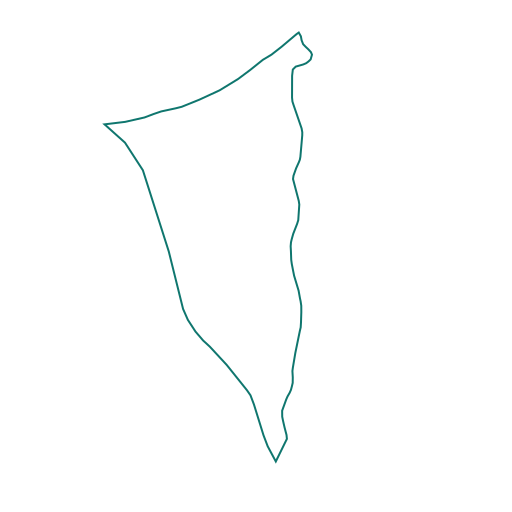 San Sebastián, Retalhuleu, Guatemala (Albers equal-area conic projection), rotated 344°
{"feature_id": "79465075B80062128439556", "entity_name": "San Sebastián", "entity_type": "district", "adm_level": 2, "iso_a3": "GTM", "parent_name": "Guatemala", "parent_adm1": "Retalhuleu", "projection": "albers", "projection_center": [-91.644, 14.559], "detail": "fine", "context": "isolated", "style": "outline", "palette": "teal", "viewbox_px": 512, "rotation_deg": 344, "n_neighbors": 0, "source": "geoboundaries", "source_scale": "gbopen_adm2", "svg_char_len": 1323}
<svg xmlns="http://www.w3.org/2000/svg" viewBox="0 0 512 512"><g transform="rotate(344 256 256)"><path d="M218.4,459.0L235.3,440.3L236.0,436.5L236.2,428.6L236.4,424.8L236.6,421.4L236.9,417.7L238.5,411.9L245.6,402.1L247.6,399.7L250.7,396.7L252.7,394.3L254.5,391.3L256.3,388.1L257.9,382.8L259.3,376.6L260.7,373.4L267.1,360.0L277.5,340.1L279.3,336.9L281.0,332.1L282.3,328.0L284.1,322.4L285.8,316.3L286.4,311.9L286.6,308.9L287.4,301.1L287.2,285.4L287.7,279.4L288.2,273.6L288.8,269.4L290.9,261.0L292.0,256.2L293.4,252.5L294.9,249.8L296.5,247.2L298.0,244.8L304.4,236.4L306.5,233.2L311.8,218.5L312.3,214.8L312.8,192.2L314.2,189.1L318.7,182.8L323.1,177.6L324.7,175.5L326.0,172.9L333.7,152.8L334.6,149.8L335.0,145.9L333.7,120.7L333.6,117.6L334.3,113.7L340.4,92.7L342.8,86.9L346.4,84.9L354.2,84.9L357.4,84.5L360.0,83.5L362.7,82.1L365.3,77.9L365.0,75.2L363.3,71.8L361.4,68.6L359.7,65.4L359.3,61.2L359.7,57.2L358.7,53.0L356.1,53.9L338.3,61.9L326.4,66.7L316.7,69.3L302.1,75.4L287.6,80.9L266.7,86.7L244.8,90.1L225.7,92.1L219.6,91.9L204.8,90.9L196.7,91.3L187.0,92.1L167.2,91.0L146.7,87.7L153.3,98.2L161.3,110.9L170.9,142.4L173.4,227.7L171.3,286.8L172.9,298.6L177.0,312.0L181.9,322.7L186.6,330.4L197.8,352.6L210.3,382.5L212.3,388.4L213.1,398.2L213.8,430.3L214.8,442.2L218.4,459.0Z" fill="none" stroke="#0f766e" stroke-width="2"/></g></svg>